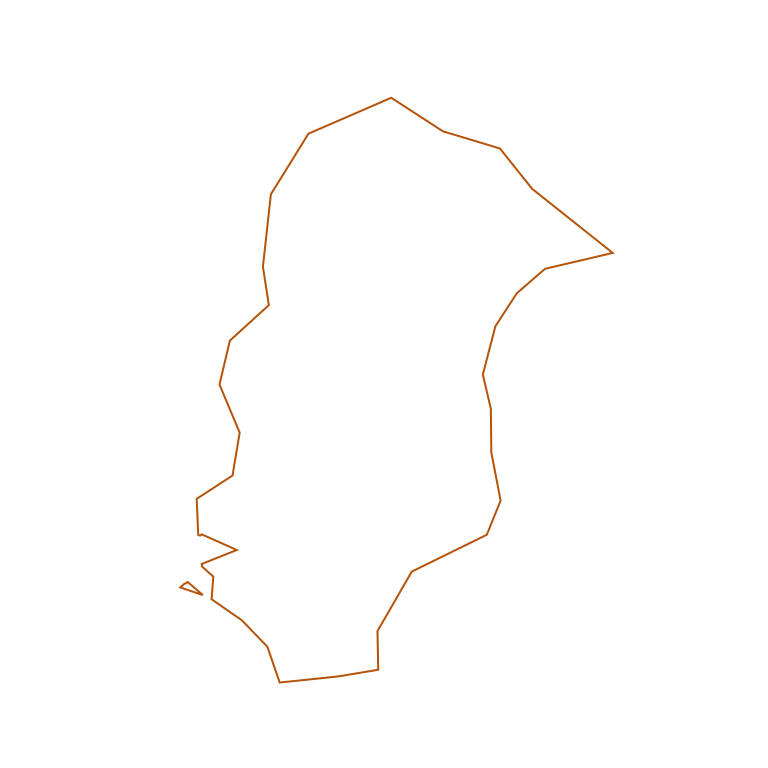 Potamia, Nicosia, Cyprus, rotated 161°
{"feature_id": "46923920B79124900132946", "entity_name": "Potamia", "entity_type": "district", "adm_level": 2, "iso_a3": "CYP", "parent_name": "Cyprus", "parent_adm1": "Nicosia", "projection": "albers", "projection_center": [33.464, 35.05], "detail": "fine", "context": "isolated", "style": "outline", "palette": "amber", "viewbox_px": 768, "rotation_deg": 161, "n_neighbors": 0, "source": "geoboundaries", "source_scale": "gbopen_adm2", "svg_char_len": 707}
<svg xmlns="http://www.w3.org/2000/svg" viewBox="0 0 768 768"><g transform="rotate(161 384 384)"><path d="M125.1,433.5L180.4,520.3L197.7,568.9L246.0,603.7L284.0,652.3L373.9,645.3L429.2,600.2L460.3,534.3L467.2,496.1L515.6,475.2L539.7,437.1L536.3,385.0L557.0,346.8L598.5,336.4L608.8,301.7L607.2,300.5L605.3,301.2L577.3,275.0L614.9,273.2L615.4,270.5L608.1,257.4L617.1,236.6L595.3,206.8L579.8,173.5L579.8,135.7L522.3,122.4L482.5,115.7L470.6,152.5L418.8,197.6L335.9,208.0L311.7,235.8L304.8,284.4L291.0,326.0L287.5,360.7L259.9,402.3L228.8,426.6L194.2,440.5L125.1,433.5ZM640.5,259.0L642.9,258.0L624.0,243.4L630.7,254.9L634.0,260.6L638.7,259.8L640.5,259.0Z" fill="none" stroke="#b45309" stroke-width="2"/></g></svg>